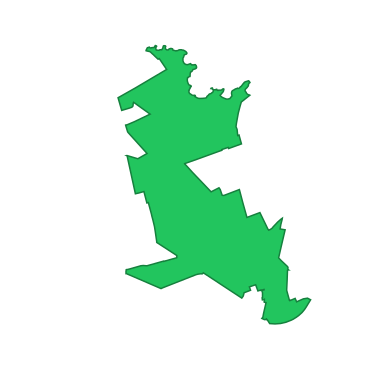 the district of Lumina, Constanta, Romania, rotated 344°
{"feature_id": "2599482B21068829002517", "entity_name": "Lumina", "entity_type": "district", "adm_level": 2, "iso_a3": "ROU", "parent_name": "Romania", "parent_adm1": "Constanta", "projection": "natural_earth1", "projection_center": [28.555, 44.326], "detail": "fine", "context": "isolated", "style": "filled", "palette": "green", "viewbox_px": 384, "rotation_deg": 344, "n_neighbors": 0, "source": "geoboundaries", "source_scale": "gbopen_adm2", "svg_char_len": 5779}
<svg xmlns="http://www.w3.org/2000/svg" viewBox="0 0 384 384"><g transform="rotate(344 192 192)"><path d="M106.2,252.2L135.6,276.3L137.5,276.0L172.9,272.6L174.3,272.6L175.8,272.7L177.7,273.0L179.3,273.5L179.7,273.4L180.6,272.8L210.6,307.7L211.8,306.8L212.7,306.0L214.3,303.2L221.2,302.6L221.0,299.0L227.6,298.7L228.1,305.3L231.2,305.2L231.2,305.6L234.4,305.5L234.4,305.9L231.9,306.0L232.0,308.3L230.6,313.1L230.2,313.1L229.9,315.1L231.4,315.2L232.0,315.1L231.8,315.9L231.0,317.6L231.1,317.9L232.7,318.7L227.4,328.3L225.6,331.9L224.3,332.8L226.4,334.6L226.8,334.8L227.3,334.9L228.6,334.5L228.9,335.8L229.2,335.8L230.4,339.9L235.5,341.7L240.8,342.8L246.3,343.1L251.8,342.6L254.1,342.2L257.6,341.2L260.4,340.2L264.5,338.2L266.3,337.0L268.0,335.8L270.0,334.1L276.3,328.3L273.8,325.9L269.6,325.4L262.3,326.4L261.8,322.7L256.2,323.4L256.2,322.8L255.8,322.8L255.9,313.0L256.1,312.0L259.4,302.2L262.2,293.6L262.7,293.6L262.9,293.0L263.1,293.1L262.9,292.8L263.0,292.2L263.5,290.8L263.4,290.5L263.1,289.7L259.0,282.8L257.1,279.2L262.5,269.4L271.1,254.0L266.5,251.8L268.4,247.8L271.2,243.0L271.6,242.1L270.1,242.6L266.1,244.5L260.2,248.0L259.4,248.7L257.0,249.6L255.2,249.8L254.7,248.4L251.6,230.5L237.8,231.6L237.9,216.3L238.2,202.7L226.7,203.7L221.7,204.1L220.1,203.5L219.8,197.4L219.1,195.4L210.4,197.1L197.9,173.3L192.9,163.2L192.7,163.0L192.7,162.7L207.7,161.8L232.3,160.1L232.3,159.4L239.1,159.1L239.2,160.3L252.8,159.4L252.9,150.2L251.5,150.3L252.6,144.2L252.3,141.3L253.8,137.9L258.3,128.8L261.8,122.9L264.2,119.1L274.3,114.9L273.9,114.5L273.5,114.5L272.3,113.3L271.9,112.7L271.5,111.8L271.6,111.4L270.9,109.4L271.1,108.7L271.3,108.3L271.7,107.9L273.3,107.0L273.9,106.7L274.4,106.2L275.1,105.8L275.9,104.6L275.8,104.3L275.9,104.1L276.2,103.7L276.8,103.2L277.5,103.0L277.9,102.7L277.7,102.3L277.5,102.2L277.7,101.8L277.6,101.5L277.1,101.0L277.1,100.8L276.8,100.6L276.5,100.7L275.5,100.7L274.8,100.8L274.6,100.7L274.3,100.7L272.8,100.9L272.2,101.2L272.2,101.4L271.7,101.7L271.2,102.0L270.9,102.1L270.0,102.8L269.8,103.0L268.8,103.7L268.2,104.2L267.8,104.1L267.6,104.1L267.3,104.3L267.1,104.6L266.8,104.8L265.5,105.3L265.1,105.2L264.3,104.9L264.2,104.7L263.9,104.8L263.5,104.9L262.0,104.9L261.6,105.0L261.2,105.3L260.7,105.3L260.4,105.4L259.1,105.7L258.7,105.8L258.1,106.3L257.7,106.9L257.2,107.8L256.9,110.7L255.5,111.6L255.1,111.9L254.8,112.2L254.7,112.2L254.3,112.6L253.4,112.6L252.4,112.6L251.3,112.4L250.1,111.8L250.0,111.6L249.5,111.3L247.3,109.5L246.1,107.9L245.7,107.0L245.6,106.8L246.5,106.2L247.6,105.7L248.2,105.1L249.0,104.7L249.5,104.2L249.8,103.9L250.2,103.5L250.3,103.2L250.5,102.9L250.5,102.7L251.0,102.0L250.9,101.6L250.3,101.4L249.3,101.7L248.9,102.0L247.8,102.1L247.5,101.9L247.0,101.9L246.4,101.6L246.0,101.6L245.9,101.5L245.5,101.4L245.3,101.6L244.8,101.5L244.3,101.2L244.2,100.2L243.9,100.0L243.5,100.1L243.4,100.0L243.2,100.1L242.5,100.2L241.2,99.7L240.5,99.2L240.0,98.3L240.0,98.0L240.3,97.8L240.3,97.7L240.2,97.7L239.6,97.5L239.2,97.8L238.9,97.6L238.7,97.8L239.6,98.2L240.1,98.8L240.4,99.5L240.5,100.1L240.2,101.0L239.9,101.4L239.2,101.9L238.1,102.2L237.7,102.5L237.1,102.6L236.0,102.6L235.5,102.7L234.0,103.7L233.1,104.0L232.4,104.6L232.0,105.2L231.5,105.4L230.1,105.3L228.0,104.9L224.9,104.1L223.4,103.4L221.1,101.1L221.7,100.6L221.7,100.3L221.6,100.0L221.2,99.7L219.9,99.5L218.9,99.0L218.6,98.7L217.7,97.5L217.5,97.3L217.3,97.3L216.7,96.1L216.5,95.6L216.7,95.2L216.8,93.8L217.1,93.6L217.4,93.4L217.5,93.2L217.5,92.9L217.7,92.7L218.1,92.4L218.9,91.6L218.9,91.4L219.1,91.2L219.2,90.9L219.4,90.5L219.6,90.4L220.0,90.6L220.3,90.4L220.3,89.5L219.3,88.7L219.2,88.7L218.5,88.0L218.2,86.6L218.1,84.5L218.3,83.1L218.6,82.2L219.3,80.8L219.8,80.9L220.3,80.5L220.9,80.4L221.2,80.4L221.3,80.3L221.9,80.4L222.2,79.8L222.5,78.7L223.3,76.9L223.7,76.4L224.0,76.2L224.1,76.3L224.4,76.2L224.7,76.2L225.6,75.7L226.7,74.5L227.1,74.6L229.3,74.5L229.4,74.4L229.9,74.3L230.0,74.0L230.4,74.0L230.9,73.2L230.8,72.4L230.9,71.9L230.4,70.6L230.1,70.4L229.4,70.4L229.1,70.2L228.5,70.3L227.3,69.8L227.0,69.9L226.6,69.5L226.0,68.2L222.9,68.4L221.4,67.8L220.6,67.1L219.8,65.8L219.6,65.1L219.5,63.6L219.6,62.5L219.8,62.3L220.1,61.0L221.1,60.0L222.4,58.0L224.6,57.9L225.1,57.6L225.4,57.1L225.3,56.4L225.1,56.2L224.9,55.4L224.5,54.9L222.9,53.3L222.0,53.0L221.4,52.5L220.3,52.1L218.8,51.8L218.1,51.9L217.5,52.1L216.9,52.1L216.1,51.9L215.7,52.0L215.3,51.9L214.3,51.2L213.0,50.6L212.7,50.2L212.9,49.4L212.6,48.9L212.1,48.6L211.6,48.3L210.7,48.1L210.3,48.2L209.5,48.1L208.5,48.8L207.3,48.6L207.0,48.5L206.4,47.7L206.0,47.1L206.0,46.1L206.8,45.0L206.9,44.7L206.8,44.4L206.7,44.2L206.2,43.9L205.3,43.6L204.8,43.7L204.5,44.0L203.8,45.3L202.3,46.9L201.9,46.9L200.4,46.4L199.4,46.7L198.9,46.6L198.3,46.2L197.4,46.1L196.7,45.5L196.8,43.5L197.3,43.1L197.7,42.4L198.2,42.1L198.0,41.7L197.1,41.1L196.1,41.9L195.9,42.4L195.2,42.6L194.4,42.5L194.4,42.4L192.7,42.1L192.2,42.3L191.4,41.8L190.8,40.9L190.4,41.0L189.2,41.1L188.9,41.0L186.9,43.1L186.8,43.6L189.5,45.1L190.5,45.7L192.0,48.3L192.7,49.3L193.5,50.8L195.4,54.0L195.9,54.9L196.2,55.0L196.4,55.0L196.9,54.7L197.3,54.7L201.4,67.2L166.1,76.4L146.9,81.0L146.9,94.2L154.4,94.1L157.0,94.0L157.6,93.9L158.5,93.5L158.8,93.2L159.2,92.5L159.8,90.9L160.1,90.2L160.6,89.7L173.2,105.6L155.5,108.6L148.1,109.5L147.3,109.5L147.1,109.3L146.6,109.4L146.7,116.4L147.1,117.5L159.4,142.6L149.1,145.1L139.5,139.0L139.3,139.0L139.6,139.2L137.1,178.1L140.9,178.3L145.9,178.3L145.6,190.1L147.1,190.1L147.0,196.7L146.9,202.4L146.8,203.4L146.7,208.2L146.4,214.9L145.8,219.8L144.4,230.0L144.2,230.6L144.3,230.9L159.9,248.9L159.3,250.9L159.2,251.0L146.4,250.9L145.9,251.0L145.8,250.6L128.3,250.5L128.0,250.4L124.8,249.2L122.5,248.8L110.8,248.8L108.5,248.7L107.8,248.5L107.4,248.5L106.6,250.3L106.1,252.2L106.2,252.2Z" fill="#22c55e" stroke="#15803d" stroke-width="1.5"/></g></svg>